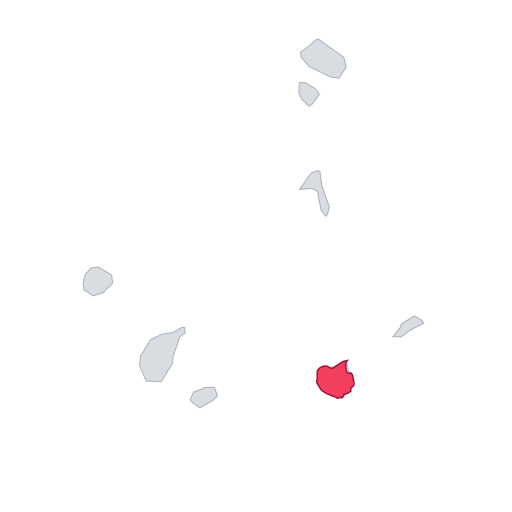 Boa Vista on a map of Cabo Verde (Robinson projection), rotated 63°
{"feature_id": "CPV-5055", "entity_name": "Boa Vista", "entity_type": "state/province", "adm_level": 1, "iso_a3": "CPV", "parent_name": "Cabo Verde", "parent_adm1": "", "projection": "robinson", "projection_center": [-22.807, 16.113], "detail": "fine", "context": "in_parent", "style": "filled", "palette": "rose", "viewbox_px": 512, "rotation_deg": 63, "n_neighbors": 0, "source": "natural_earth", "source_scale": "10m", "svg_char_len": 1816}
<svg xmlns="http://www.w3.org/2000/svg" viewBox="0 0 512 512"><g transform="rotate(63 256 256)"><path d="M325.0,397.6L317.5,410.6L301.0,409.6L292.6,404.2L282.7,387.8L283.0,375.2L286.5,364.2L285.9,354.6L287.3,352.1L292.4,353.8L293.2,360.2L308.2,375.9L313.7,379.0L325.0,397.6ZM111.7,122.5L99.7,125.5L94.6,124.0L93.0,112.8L90.6,105.3L91.1,102.0L118.8,87.5L128.6,89.9L135.3,101.5L130.7,107.9L111.7,122.5ZM390.3,223.2L400.7,225.8L404.6,224.8L411.2,225.4L418.2,232.9L419.6,240.8L416.1,250.7L402.4,258.8L394.5,257.9L385.2,250.4L390.5,235.8L390.3,223.2ZM217.7,419.1L208.1,424.5L201.3,422.2L194.9,416.6L191.8,408.5L194.3,401.5L207.4,393.3L215.1,396.0L219.3,408.7L217.7,419.1ZM245.5,168.5L250.6,172.7L252.3,175.7L244.7,177.2L226.3,171.8L221.4,175.1L216.4,186.9L207.1,169.1L207.8,162.6L209.8,160.7L222.8,165.3L245.5,168.5ZM357.5,379.3L354.1,379.9L348.9,373.5L350.0,364.6L349.5,362.3L354.0,352.8L363.0,353.7L365.3,360.7L365.7,375.1L357.5,379.3ZM146.7,140.8L136.5,144.1L130.2,143.7L121.2,138.7L124.0,133.3L133.8,127.3L140.6,126.0L146.1,136.7L146.7,140.8ZM394.0,163.3L390.0,170.6L385.2,159.9L382.6,157.4L381.3,142.1L388.5,137.5L392.0,137.1L392.1,153.0L394.0,163.3Z" fill="#d9dde1" stroke="#a8b0b8" stroke-width="1"/><path d="M419.5,240.7L420.0,241.0L420.9,242.3L421.4,243.9L420.7,244.6L420.3,245.2L420.1,246.5L419.8,247.9L417.7,249.3L411.0,255.3L406.5,258.0L404.2,258.8L397.0,259.3L395.8,259.1L394.6,258.4L392.8,256.8L391.4,256.3L386.9,254.0L385.4,252.5L384.6,249.4L384.7,246.7L385.4,244.2L386.7,242.3L388.5,241.6L390.9,239.0L389.5,226.6L390.6,222.2L391.1,223.3L391.6,224.0L393.1,225.2L395.3,226.3L398.4,227.5L401.3,227.9L402.5,226.6L403.5,224.4L405.7,224.0L413.0,226.1L414.3,226.7L415.6,227.6L416.1,228.7L416.8,231.4L417.4,231.9L419.5,232.9L419.9,235.3L419.5,240.7Z" fill="#f43f5e" stroke="#9f1239" stroke-width="1.5"/></g></svg>